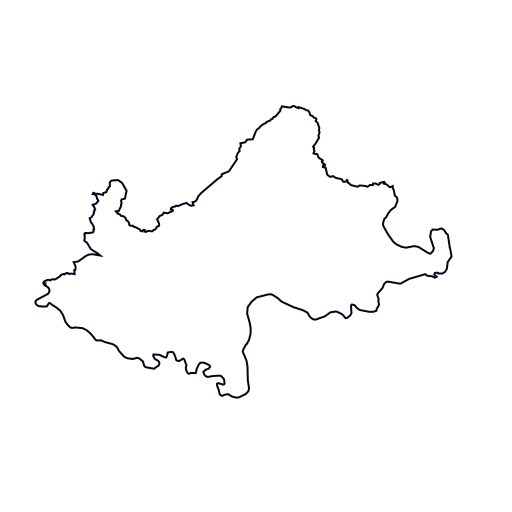 Khoelenya, Mohale's Hoek, Lesotho (Equal Earth projection), rotated 299°
{"feature_id": "5366337B9644670448784", "entity_name": "Khoelenya", "entity_type": "district", "adm_level": 2, "iso_a3": "LSO", "parent_name": "Lesotho", "parent_adm1": "Mohale's Hoek", "projection": "equal_earth", "projection_center": [27.429, -30.302], "detail": "fine", "context": "isolated", "style": "outline", "palette": "ink", "viewbox_px": 512, "rotation_deg": 299, "n_neighbors": 0, "source": "geoboundaries", "source_scale": "gbopen_adm2", "svg_char_len": 6082}
<svg xmlns="http://www.w3.org/2000/svg" viewBox="0 0 512 512"><g transform="rotate(299 256 256)"><path d="M354.4,424.1L357.7,421.1L367.4,413.7L368.2,411.0L370.0,407.8L370.0,404.7L366.9,402.0L364.8,397.7L362.5,397.1L357.2,399.0L349.0,407.8L346.2,408.4L342.5,407.4L342.1,404.9L342.7,393.6L341.3,389.5L336.0,383.2L334.6,378.9L334.3,373.1L334.7,370.4L335.5,368.1L338.9,361.1L343.6,353.4L345.0,351.9L347.7,350.8L350.6,350.3L353.1,351.0L357.3,351.0L361.5,351.6L366.5,353.9L372.6,353.1L375.4,351.2L376.2,348.1L380.1,344.8L382.3,342.2L383.4,341.7L381.4,340.2L381.1,338.7L381.9,335.7L381.3,332.8L382.5,333.1L383.0,332.1L380.0,328.9L378.8,329.2L377.6,328.6L377.4,325.6L376.2,323.3L374.6,323.8L373.5,321.4L370.6,319.9L370.3,317.7L368.0,312.5L366.0,311.4L365.3,309.5L364.0,304.4L364.7,302.6L364.7,301.0L365.2,300.2L366.5,299.5L366.5,298.6L364.8,298.7L363.4,296.8L363.4,295.7L364.5,294.4L364.4,292.5L363.0,288.1L363.2,284.6L361.2,282.7L361.4,280.1L361.8,278.7L366.9,274.2L366.2,271.4L367.3,270.8L368.2,270.8L368.6,272.4L369.3,272.2L369.8,268.7L370.6,267.7L371.7,268.2L372.2,267.4L372.2,264.0L372.8,262.4L374.7,260.5L374.8,259.6L373.7,257.9L373.7,256.5L376.2,256.2L377.6,254.6L378.6,254.6L379.2,253.0L384.0,253.6L390.2,253.8L391.3,252.3L394.8,251.7L396.7,249.9L398.6,249.4L402.3,245.3L403.0,242.7L404.4,242.7L405.4,242.0L405.2,239.0L405.8,237.7L405.5,235.0L407.7,233.0L408.4,231.1L407.9,229.0L408.0,226.9L406.9,221.2L405.9,221.5L405.5,218.4L405.7,216.7L405.0,215.5L403.1,214.6L401.8,212.8L399.5,206.1L397.7,206.4L396.0,206.1L394.8,206.9L387.2,205.3L386.1,204.0L384.1,204.0L382.7,202.8L381.4,202.8L378.5,200.3L377.4,200.3L374.2,198.1L371.1,196.9L369.4,196.7L367.2,195.6L364.4,195.5L356.5,196.6L353.5,191.8L350.2,191.4L347.0,187.7L344.8,189.6L341.4,189.4L340.0,190.8L337.2,190.2L333.0,190.7L331.6,192.5L317.0,191.3L310.9,186.4L309.3,187.3L304.2,184.9L284.4,177.5L280.0,176.5L276.7,177.0L275.0,176.6L273.5,175.9L272.4,174.4L271.5,175.4L270.6,175.6L270.1,176.8L268.4,174.9L268.3,172.1L268.7,169.5L265.8,166.6L261.8,163.6L261.3,161.7L259.9,161.2L258.4,159.2L256.5,158.5L255.4,158.9L256.0,160.7L255.2,161.4L250.5,158.0L249.2,154.3L246.6,154.2L244.3,152.4L240.1,151.7L237.7,155.1L236.5,156.1L235.0,156.4L233.9,155.3L230.7,155.1L229.0,153.8L227.4,153.4L226.6,151.9L226.3,150.4L225.2,148.9L223.9,148.4L223.3,146.7L224.7,146.2L224.3,145.2L223.1,144.3L222.3,144.3L222.0,142.8L222.9,141.6L222.8,136.7L222.3,135.0L222.8,133.7L221.7,131.8L221.7,130.1L223.3,129.1L224.3,127.2L224.3,125.5L225.9,123.5L226.6,121.3L225.7,118.6L226.4,116.9L226.1,114.4L227.1,111.8L227.8,112.5L228.7,114.2L234.7,113.7L235.8,112.8L236.9,113.0L237.9,112.3L238.5,111.3L240.3,111.0L242.6,113.5L250.3,111.2L255.0,103.5L255.5,98.5L252.1,93.3L250.9,92.7L249.4,92.5L246.1,94.4L244.3,93.7L243.2,94.2L242.2,93.6L239.3,94.1L237.0,91.9L235.2,92.5L233.6,87.1L232.4,85.5L232.7,83.9L232.4,83.1L231.0,83.2L231.7,84.9L231.1,87.4L229.3,89.0L227.8,91.4L224.2,90.7L221.6,88.3L221.0,88.9L220.8,90.0L220.1,91.2L219.4,92.0L218.6,92.2L218.5,92.7L217.7,92.4L216.7,93.0L215.9,92.7L214.6,93.7L210.2,93.3L208.4,92.2L205.4,95.3L205.1,96.5L203.1,99.7L201.1,101.3L200.4,100.9L199.5,101.8L198.0,102.1L197.4,101.7L194.7,98.4L193.6,95.8L193.0,95.3L192.2,95.7L191.7,95.4L189.3,97.3L186.3,98.3L186.0,98.6L185.8,100.9L185.4,102.2L181.9,108.3L181.5,116.6L180.9,119.5L178.3,112.1L176.0,108.9L173.7,107.3L165.0,103.1L162.2,99.5L159.6,103.1L157.6,104.3L156.0,104.7L155.5,103.9L152.2,106.1L151.1,103.1L149.6,101.0L149.9,99.6L148.7,98.1L148.4,98.2L147.9,97.6L147.0,97.3L146.9,96.4L145.1,94.7L143.2,94.4L138.7,92.0L137.7,91.1L137.1,89.4L136.1,88.4L135.0,88.0L134.6,86.2L134.0,85.2L131.1,83.1L129.5,82.9L129.5,83.4L129.1,83.7L129.7,84.7L128.9,84.5L129.2,85.4L128.6,86.1L127.9,85.8L127.9,88.5L127.4,90.3L126.0,91.9L124.4,92.6L122.0,92.4L111.2,85.4L109.0,85.2L107.6,86.3L106.9,88.1L106.8,90.2L108.5,94.3L110.6,97.5L114.2,97.7L114.9,98.3L114.4,101.8L114.2,106.3L113.2,111.4L110.7,116.0L106.3,120.9L104.2,125.3L103.6,128.1L103.8,129.9L105.8,132.4L108.7,139.0L109.0,142.5L108.9,144.5L107.8,149.3L106.0,154.1L105.0,155.9L104.9,157.6L107.1,161.4L107.5,165.8L109.3,172.8L109.5,174.9L108.9,178.5L106.5,182.3L104.1,189.2L104.0,191.1L104.3,193.3L105.7,197.1L106.7,198.8L109.2,201.2L109.8,203.3L109.0,208.2L105.9,211.3L105.4,212.4L105.3,213.6L108.0,221.5L113.3,224.0L115.2,223.6L116.4,222.5L116.9,221.0L116.9,217.8L117.2,216.9L119.0,214.3L120.2,214.1L122.8,219.6L123.0,224.1L123.5,226.5L125.4,226.7L128.8,225.6L131.0,228.3L131.6,229.8L131.0,231.4L128.6,234.5L126.5,236.4L126.1,237.4L126.9,239.6L128.4,240.7L130.7,241.7L131.0,242.4L130.8,243.4L126.6,248.2L124.1,248.8L122.6,250.0L120.7,252.4L120.3,253.8L120.6,254.6L122.1,255.6L124.4,260.1L129.1,258.8L133.7,258.6L135.7,259.1L137.3,261.7L137.8,265.3L137.8,268.5L136.9,269.6L134.3,269.1L132.3,267.2L129.2,266.1L127.4,268.0L126.5,270.2L126.8,272.4L130.2,276.6L133.9,282.5L134.0,284.2L132.7,287.8L129.3,290.3L128.2,290.3L127.6,289.6L126.5,284.6L126.0,284.0L125.1,283.9L123.4,285.2L121.3,287.8L117.2,291.6L117.3,294.3L119.5,295.9L121.6,298.5L121.5,303.4L122.4,306.8L123.2,308.6L124.4,309.8L130.1,313.8L133.6,314.8L135.0,314.7L137.3,313.8L143.0,309.3L155.4,302.0L160.0,298.3L165.9,290.8L167.7,290.3L172.5,290.1L174.8,290.6L179.2,290.6L185.4,288.9L190.2,286.4L194.5,282.9L201.3,276.2L207.2,273.5L213.9,274.3L220.1,276.6L228.6,285.6L229.9,288.1L230.1,289.6L229.7,295.4L228.6,299.9L228.6,301.7L229.4,313.6L231.3,323.1L231.4,328.5L229.3,332.0L228.5,334.3L228.4,336.8L229.1,338.8L236.5,345.4L242.8,348.4L246.0,352.5L246.5,353.7L246.8,358.9L246.5,360.9L245.2,363.8L245.2,364.9L245.9,365.6L249.5,367.2L252.3,367.2L258.4,363.3L259.2,363.1L260.1,363.4L260.8,366.0L259.4,369.7L259.1,372.9L262.1,382.1L264.2,385.8L266.4,387.8L268.8,387.1L270.7,387.4L273.2,387.1L275.9,384.9L277.7,384.2L280.6,381.0L282.0,380.6L289.8,382.2L293.4,381.6L296.3,382.4L297.1,383.1L297.9,384.7L301.4,394.8L302.2,396.0L310.2,401.0L322.2,412.9L321.7,414.7L322.2,416.6L323.7,420.0L323.7,422.9L325.5,424.1L326.2,420.9L328.0,420.7L329.5,423.1L329.1,424.1L331.0,427.5L334.0,429.1L337.5,429.1L343.6,426.6L350.3,427.3L354.4,424.1Z" fill="none" stroke="#020617" stroke-width="2"/></g></svg>